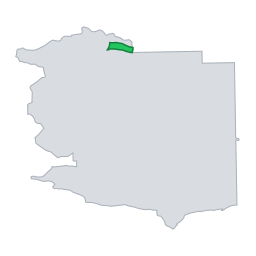 Kernoi, Western Darfur, Sudan shown in context, rotated 89°
{"feature_id": "16777658B31925406348154", "entity_name": "Kernoi", "entity_type": "district", "adm_level": 2, "iso_a3": "SDN", "parent_name": "Sudan", "parent_adm1": "Western Darfur", "projection": "equal_earth", "projection_center": [23.614, 14.984], "detail": "fine", "context": "in_parent", "style": "filled", "palette": "green", "viewbox_px": 256, "rotation_deg": 89, "n_neighbors": 0, "source": "geoboundaries", "source_scale": "gbopen_adm2", "svg_char_len": 4324}
<svg xmlns="http://www.w3.org/2000/svg" viewBox="0 0 256 256"><g transform="rotate(89 128 128)"><path d="M177.1,225.7L174.8,225.6L174.6,224.9L174.6,222.9L174.8,221.4L175.6,219.0L175.4,217.7L175.5,215.8L174.9,213.7L169.3,207.6L168.2,205.9L165.2,204.4L165.7,202.6L164.4,190.1L164.9,188.7L165.1,186.5L165.0,184.6L165.7,181.4L165.8,180.0L159.9,179.9L159.9,181.3L160.1,182.8L160.1,183.4L152.0,183.5L155.3,188.4L155.5,190.5L155.3,193.2L155.4,194.9L155.6,196.1L156.5,198.3L156.4,198.7L156.2,199.2L150.5,205.7L149.6,208.8L148.8,210.4L147.1,213.1L141.9,220.1L141.0,220.5L137.0,220.8L136.6,220.9L136.3,221.3L136.1,221.2L132.6,217.1L126.8,212.1L123.0,214.7L121.9,215.6L121.9,218.0L121.3,219.2L120.3,220.6L117.5,221.4L116.0,222.1L114.2,223.5L112.5,225.7L112.4,226.9L112.6,227.9L102.8,227.9L102.1,227.0L100.7,223.3L99.7,223.6L90.7,223.1L89.5,223.5L86.9,225.0L85.6,225.3L84.3,224.6L79.6,217.3L78.6,216.4L77.5,214.7L76.5,213.9L76.1,213.4L76.0,212.6L76.1,211.0L75.7,210.0L75.0,209.7L68.7,211.4L67.8,211.2L66.4,211.5L66.0,211.8L65.5,212.8L65.4,214.8L65.2,215.8L64.7,216.9L62.9,219.4L62.5,220.5L62.6,223.2L62.5,224.6L62.2,225.2L61.4,226.3L61.2,226.9L60.8,230.3L59.9,232.5L59.6,233.2L59.6,234.7L59.4,235.2L56.6,236.4L55.5,237.2L54.8,238.4L54.7,238.9L53.4,238.5L51.9,238.1L48.9,237.8L47.7,237.2L47.1,236.4L47.3,234.3L47.0,233.8L46.5,233.4L46.2,232.5L46.3,231.4L47.9,229.0L48.2,227.7L48.6,221.5L48.5,219.7L47.2,216.2L44.4,210.3L43.7,209.1L40.1,204.3L39.7,203.5L38.8,201.5L39.8,197.0L39.8,195.7L39.6,194.4L38.7,193.5L37.9,193.4L36.8,192.2L36.1,191.6L35.5,190.5L35.1,189.1L35.4,183.8L35.2,183.1L34.3,182.9L34.1,182.5L34.1,181.5L33.6,178.4L33.1,175.9L33.4,174.6L32.6,172.7L31.1,171.9L28.3,172.5L27.4,172.4L26.8,172.0L26.4,171.4L26.1,170.5L26.4,169.3L27.2,167.1L28.2,165.2L30.2,163.5L30.8,162.6L31.1,161.6L31.2,160.5L31.0,159.3L30.8,158.2L30.2,156.8L29.6,155.0L29.6,153.9L29.9,153.1L30.5,152.1L32.5,150.1L34.6,148.5L34.9,147.9L34.8,147.3L33.8,145.9L33.6,143.3L33.0,141.5L34.1,140.2L34.9,139.7L36.1,139.3L36.6,138.7L36.7,137.6L36.7,136.6L37.1,135.8L37.7,134.2L38.2,133.4L39.8,131.5L40.1,130.3L40.2,129.1L39.8,125.4L40.7,123.9L41.9,122.6L43.6,122.7L46.2,122.5L48.0,121.9L49.2,121.9L52.1,122.6L52.4,122.3L52.6,121.4L52.5,52.7L64.4,52.7L64.5,52.6L64.5,20.4L139.1,20.5L139.7,20.3L140.8,17.3L141.3,17.1L142.1,17.3L142.3,18.0L141.8,20.4L206.9,20.4L207.1,24.1L207.8,27.0L209.8,31.2L211.4,33.5L212.0,34.7L212.1,35.3L212.0,35.8L211.5,35.2L210.7,34.8L210.7,36.8L211.2,40.8L211.9,43.6L211.5,46.2L211.7,50.7L212.7,56.0L212.6,59.4L214.2,67.3L215.7,71.8L216.4,72.8L217.3,73.4L218.9,73.8L221.3,76.0L223.2,78.4L223.9,79.7L224.8,81.0L225.4,80.8L225.8,80.4L226.4,81.5L229.4,83.9L229.9,85.0L228.8,86.1L227.7,88.0L227.1,89.7L226.8,90.3L225.9,91.3L225.7,91.9L225.3,92.2L224.9,92.2L223.9,92.8L223.0,92.6L222.1,93.0L221.8,93.4L221.0,93.7L220.1,93.9L218.6,95.4L217.3,96.1L216.8,96.7L216.2,99.6L215.7,100.4L213.8,100.5L212.8,100.7L211.5,100.4L210.9,100.4L210.7,101.1L210.5,103.6L210.6,104.7L209.6,107.5L210.0,112.9L209.0,116.9L208.9,117.9L207.9,121.1L207.4,122.2L206.1,128.2L205.6,130.1L204.5,132.0L206.0,146.4L205.1,150.8L205.2,153.2L204.5,156.8L204.0,158.4L203.2,160.4L202.5,162.6L201.9,165.5L201.6,171.1L201.3,171.6L197.8,172.3L196.7,172.7L196.0,173.3L195.1,174.7L193.4,178.6L192.5,181.0L191.1,184.3L189.4,186.6L189.0,187.8L188.8,189.9L188.2,193.2L187.6,195.6L187.8,197.5L187.3,200.8L187.4,202.4L186.8,203.3L186.0,204.1L185.4,204.3L182.9,202.1L181.2,203.7L180.2,205.8L179.4,208.0L179.9,212.5L179.9,213.6L179.6,214.7L178.1,219.2L177.6,221.2L177.1,224.8L177.1,225.7Z" fill="#d9dde1" stroke="#a8b0b8" stroke-width="1"/><path d="M49.5,147.3L49.4,145.9L48.5,144.0L48.7,142.7L48.8,140.3L48.9,139.1L49.2,137.9L49.7,134.2L49.7,133.8L49.8,133.3L50.3,130.8L51.1,129.3L52.4,124.7L52.6,123.6L52.7,122.5L52.4,122.5L52.2,122.4L51.8,122.3L51.5,122.2L51.3,122.2L51.2,122.2L50.9,122.0L50.8,121.9L50.5,121.8L50.2,121.8L49.8,121.8L49.5,121.8L49.4,121.8L49.3,121.7L49.1,121.7L48.8,121.6L48.5,121.6L48.4,121.6L48.2,121.6L47.8,121.6L47.7,121.6L47.4,122.2L47.4,122.4L47.0,124.4L46.6,126.0L46.2,126.8L45.5,128.3L44.6,130.3L44.0,131.3L43.6,132.1L43.3,133.2L43.2,133.8L42.6,137.0L42.4,137.9L42.3,138.8L42.5,140.7L42.5,142.2L42.5,143.3L42.3,144.7L42.8,144.7L44.1,145.0L44.6,145.0L45.6,145.2L46.8,145.7L47.7,146.1L48.0,146.4L49.5,147.3Z" fill="#22c55e" stroke="#15803d" stroke-width="1.5"/></g></svg>